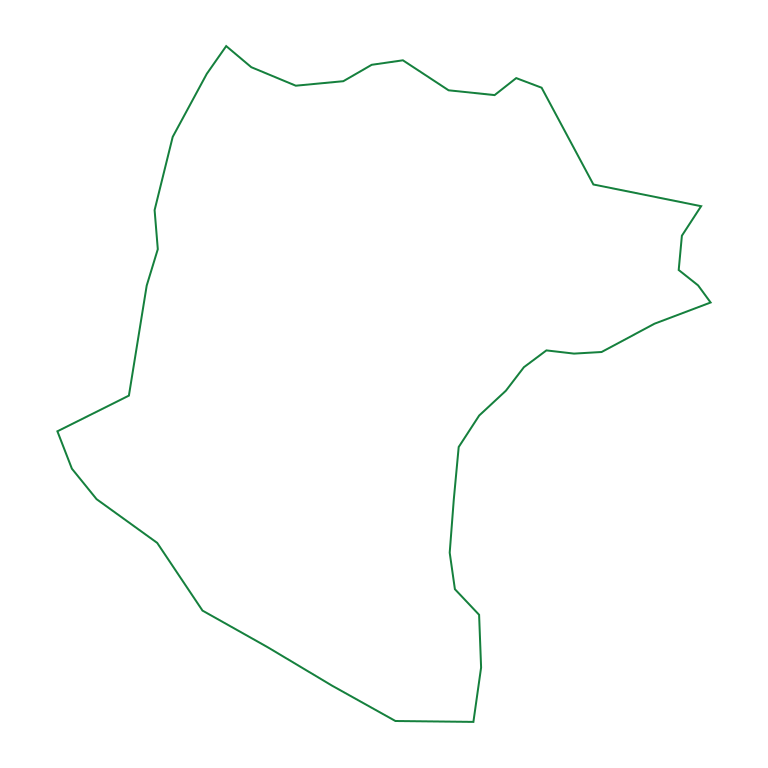 map outline of Santiago Rodríguez (Natural Earth projection)
{"feature_id": "DOM-1391", "entity_name": "Santiago Rodríguez", "entity_type": "Province", "adm_level": 1, "iso_a3": "DOM", "parent_name": "Dominican Republic", "parent_adm1": "", "projection": "natural_earth1", "projection_center": [-71.283, 19.365], "detail": "fine", "context": "isolated", "style": "outline", "palette": "green", "viewbox_px": 768, "rotation_deg": 0, "n_neighbors": 0, "source": "natural_earth", "source_scale": "10m", "svg_char_len": 652}
<svg xmlns="http://www.w3.org/2000/svg" viewBox="0 0 768 768"><path d="M226.2,46.1L251.3,67.2L295.8,85.7L343.3,81.2L371.7,64.8L402.9,60.3L448.6,90.3L494.6,95.1L516.2,78.1L541.6,87.7L593.4,184.5L701.1,206.2L681.9,235.7L678.7,270.0L698.1,285.4L710.6,302.5L654.5,323.7L601.6,352.0L574.0,353.6L546.4,350.4L523.9,367.2L505.9,390.7L479.2,415.5L458.7,447.0L453.8,499.4L449.7,552.7L454.9,589.2L479.1,614.8L481.1,667.5L473.4,721.9L395.4,721.0L332.1,685.7L267.8,647.3L202.5,610.6L157.2,542.9L96.6,499.2L71.9,468.7L57.4,431.3L128.9,395.6L146.7,285.6L157.8,249.2L154.6,210.1L172.7,136.9L206.8,73.8L226.2,46.1Z" fill="none" stroke="#15803d" stroke-width="2"/></svg>